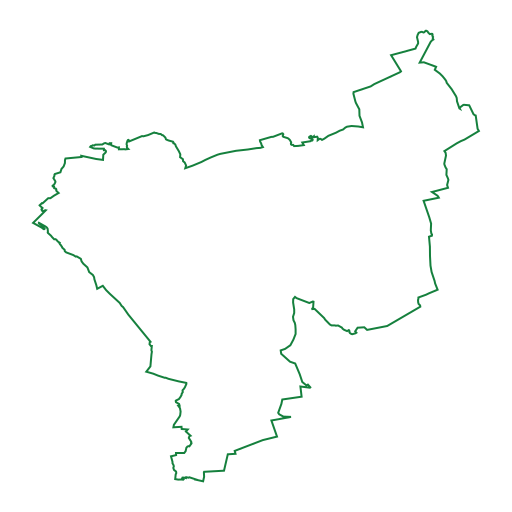 outline of Albota, Arges, Romania
{"feature_id": "2599482B92204105458489", "entity_name": "Albota", "entity_type": "district", "adm_level": 2, "iso_a3": "ROU", "parent_name": "Romania", "parent_adm1": "Arges", "projection": "equal_earth", "projection_center": [24.826, 44.777], "detail": "fine", "context": "isolated", "style": "outline", "palette": "green", "viewbox_px": 512, "rotation_deg": 0, "n_neighbors": 0, "source": "geoboundaries", "source_scale": "gbopen_adm2", "svg_char_len": 5986}
<svg xmlns="http://www.w3.org/2000/svg" viewBox="0 0 512 512"><path d="M183.2,479.7L183.6,479.3L182.8,478.2L182.3,478.0L182.5,477.6L184.1,477.6L186.0,478.1L186.2,477.2L188.5,477.7L189.4,477.3L196.1,479.5L195.9,479.7L203.1,481.3L204.1,476.8L203.9,472.2L204.1,471.8L224.0,470.7L227.8,454.3L235.5,453.8L234.7,450.9L262.8,440.1L277.0,436.6L271.4,420.5L291.0,416.9L283.4,416.6L279.2,414.3L278.2,412.8L281.4,403.9L282.3,399.5L301.6,396.7L300.4,386.5L309.9,387.7L310.3,387.3L307.9,384.6L306.4,385.4L302.3,382.0L299.7,374.2L295.2,363.5L290.0,361.7L281.2,353.8L280.7,350.4L285.1,348.9L290.4,345.2L293.4,339.6L295.6,334.0L295.6,329.3L295.3,325.1L294.8,322.9L293.5,320.3L293.0,316.8L294.2,313.0L294.2,309.5L293.1,302.5L293.2,299.1L295.0,296.9L296.5,298.1L309.3,303.0L312.9,301.5L313.5,301.7L313.1,307.7L312.2,308.6L312.3,309.1L314.6,308.9L324.1,318.0L325.2,319.7L329.9,324.5L331.5,325.4L334.9,325.4L335.7,325.7L338.1,325.5L341.9,327.6L342.6,328.7L344.1,329.8L347.1,331.1L348.8,330.1L349.1,330.3L349.5,331.2L349.4,332.2L350.0,333.1L351.4,334.0L352.3,334.2L355.5,333.3L356.4,332.7L355.2,331.3L357.6,327.7L364.3,327.3L367.1,329.9L387.2,326.0L420.3,306.7L420.1,305.4L418.6,303.9L418.2,302.5L418.0,300.0L418.4,298.8L418.4,297.5L426.1,294.7L429.0,293.3L437.6,289.7L435.1,283.4L434.6,281.0L431.6,272.0L430.5,265.7L430.0,256.0L429.9,246.6L429.0,236.7L431.9,235.7L432.0,234.4L431.4,233.8L430.8,230.4L431.1,223.6L429.3,217.4L423.6,200.8L438.8,197.7L438.0,196.3L437.2,195.5L432.0,192.0L448.0,187.8L447.1,185.0L448.4,179.9L447.9,178.3L446.4,174.9L446.7,169.2L445.6,167.5L444.4,164.5L444.3,163.5L446.0,155.5L445.6,152.8L444.4,151.1L456.8,143.3L460.9,141.1L464.5,139.6L478.9,131.0L477.6,128.8L475.7,115.5L474.8,115.2L473.5,114.2L469.2,105.3L463.9,104.8L463.2,105.0L459.5,107.8L459.9,108.7L459.4,108.4L457.0,101.3L456.7,98.0L456.0,96.2L451.6,89.1L446.7,82.8L446.3,81.3L445.4,79.8L442.6,76.3L439.8,73.5L434.8,69.8L436.1,66.8L423.9,62.3L419.7,62.6L430.7,41.8L432.2,40.2L433.4,39.5L432.7,38.1L433.1,37.0L432.3,35.7L432.6,35.1L432.5,34.3L432.3,33.9L431.4,33.8L429.8,34.1L428.5,32.9L427.4,31.3L426.1,30.7L425.6,30.8L424.3,32.2L423.5,32.5L422.1,31.9L421.1,31.9L418.7,32.8L417.6,35.0L417.0,37.2L418.1,41.9L418.1,43.5L416.2,46.8L415.5,48.6L391.1,55.2L400.7,70.8L401.0,71.4L399.8,72.3L378.4,82.2L374.3,84.1L370.7,86.4L353.6,92.1L353.4,93.7L355.4,101.5L355.9,102.9L359.3,109.3L359.5,115.8L362.0,122.4L363.0,127.3L358.3,126.5L351.6,126.0L347.0,126.7L345.3,127.6L343.1,129.5L339.7,130.7L336.0,132.7L328.4,135.8L324.3,138.7L322.0,139.9L320.8,139.0L320.1,138.8L319.3,139.0L317.7,140.2L317.8,137.8L317.2,136.7L313.8,137.2L313.8,136.3L312.9,137.0L312.1,137.3L311.7,137.1L311.5,136.3L310.9,135.9L309.6,136.6L309.1,137.1L309.1,137.5L309.5,138.1L311.9,138.9L312.5,139.4L312.7,139.8L312.3,140.5L311.0,140.7L310.5,141.2L302.3,142.5L303.8,145.1L298.2,145.9L294.1,146.1L293.2,144.9L291.5,144.8L291.0,144.3L290.9,143.5L291.2,142.3L289.8,139.9L288.3,138.5L287.5,138.1L283.3,136.8L282.7,136.0L283.3,134.2L282.8,133.5L282.2,133.3L273.1,136.8L271.3,136.9L259.9,140.2L260.1,141.5L261.2,143.5L261.5,144.9L262.9,147.1L260.2,147.9L256.7,148.1L247.8,149.5L236.0,150.8L220.2,153.9L217.5,154.7L210.9,157.4L205.4,159.9L201.4,162.0L192.5,165.7L185.3,168.2L186.1,165.5L184.7,162.5L183.1,161.2L182.9,159.2L180.1,157.2L180.3,154.3L178.8,151.1L175.9,146.3L175.3,144.5L174.2,143.5L173.4,143.3L173.2,142.9L173.4,142.3L173.0,141.7L168.6,140.5L166.4,139.6L165.9,139.2L165.4,137.6L163.8,136.0L162.7,135.1L162.0,135.1L160.7,134.0L158.8,133.9L156.4,133.0L154.9,132.9L154.2,132.5L148.0,135.1L143.4,136.3L142.0,136.1L129.2,141.4L129.0,140.5L128.5,139.9L128.0,140.0L127.5,140.7L126.7,143.2L126.6,144.4L127.1,145.8L126.8,146.6L127.0,147.7L128.3,149.0L125.2,149.4L124.6,149.2L118.9,149.3L118.9,147.4L117.5,147.6L111.4,145.3L111.0,144.8L111.2,143.2L109.7,143.2L109.7,144.4L109.0,144.4L105.3,143.0L104.0,143.4L102.3,144.5L95.3,144.7L94.3,145.5L92.7,145.3L91.8,145.9L90.8,146.1L90.2,146.9L93.7,148.4L95.4,148.6L103.9,148.7L103.9,150.2L105.2,150.2L106.0,151.2L105.7,152.4L103.3,154.7L103.0,159.9L96.2,159.0L81.3,155.8L81.5,157.0L65.5,158.5L65.0,160.0L64.9,163.1L63.6,166.5L61.5,168.9L60.4,172.3L54.9,174.0L54.5,174.5L54.4,175.9L53.4,178.1L55.4,181.4L55.3,182.4L54.1,184.6L52.6,185.7L52.7,186.4L54.1,186.8L54.2,188.2L55.9,188.7L56.3,189.3L56.2,190.3L56.4,190.9L58.6,193.0L54.1,195.6L50.4,198.2L48.2,198.2L42.6,203.3L42.0,203.1L39.6,205.3L40.1,205.9L42.5,208.0L41.8,208.7L42.0,209.1L41.5,209.7L42.3,211.0L43.0,211.3L45.3,210.2L45.8,210.3L33.1,222.9L42.0,227.8L43.6,229.1L44.3,229.1L44.6,228.8L43.3,227.2L41.1,224.9L39.2,223.6L38.8,223.0L38.9,222.8L45.5,226.5L46.9,227.6L47.6,228.7L47.8,230.2L47.9,231.8L47.7,232.3L47.9,232.9L51.1,235.8L51.9,236.9L54.2,239.3L55.6,239.2L56.7,240.1L57.7,241.4L59.6,242.7L59.3,243.0L60.1,244.4L61.1,245.4L61.5,246.3L61.9,246.6L62.2,247.6L64.6,249.8L64.8,251.2L66.2,252.4L73.4,255.1L75.7,256.6L76.7,256.4L80.8,258.8L81.6,261.4L83.3,263.7L87.4,267.4L89.2,272.1L92.9,275.0L94.1,277.2L94.4,279.3L96.3,285.1L97.2,288.8L102.8,285.8L106.1,290.1L109.8,293.8L119.7,302.9L121.7,306.0L123.1,307.1L128.3,314.6L150.5,341.8L149.8,342.2L149.5,344.2L150.9,346.0L151.8,346.0L151.4,350.2L151.9,351.7L151.5,354.1L150.4,366.4L146.3,371.7L153.3,373.7L158.0,375.6L164.8,377.8L165.6,377.7L168.4,378.8L178.8,381.4L186.3,382.9L186.4,383.9L184.9,387.3L183.7,389.1L182.7,390.1L182.5,390.8L182.8,392.0L181.6,394.0L181.6,394.9L180.5,396.9L178.9,399.1L176.0,400.5L175.7,400.9L176.0,402.2L179.1,404.0L179.6,405.7L178.3,405.8L180.0,408.2L180.6,411.6L180.2,415.0L179.7,416.4L173.9,424.8L173.4,427.3L181.5,426.8L181.7,429.0L187.7,429.5L185.9,431.5L190.5,435.7L189.7,436.0L189.3,436.5L188.8,437.9L191.2,441.7L191.1,442.8L191.4,442.8L191.5,443.4L189.4,446.3L188.9,446.1L187.5,446.5L186.4,447.7L185.6,451.2L184.2,453.0L176.0,453.0L176.1,455.1L171.0,456.3L172.5,461.9L172.5,463.3L173.6,465.3L173.8,466.5L173.3,467.9L174.0,469.9L176.0,471.5L176.2,472.1L176.2,473.4L175.7,474.3L175.2,479.1L178.2,479.6L181.4,479.5L183.2,479.7Z" fill="none" stroke="#15803d" stroke-width="2"/></svg>